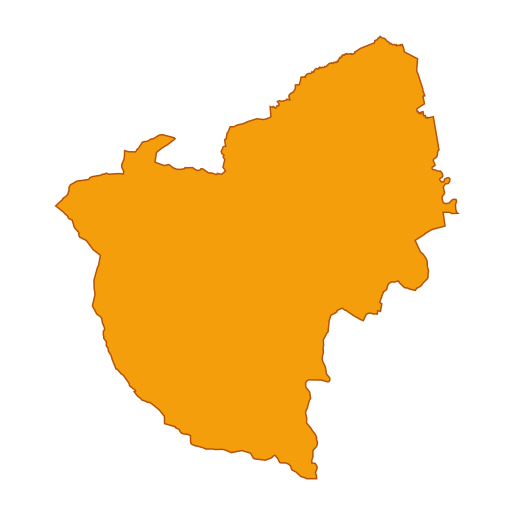 Ditrau, Harghita, Romania (orthographic projection), rotated 181°
{"feature_id": "2599482B10116484891151", "entity_name": "Ditrau", "entity_type": "district", "adm_level": 2, "iso_a3": "ROU", "parent_name": "Romania", "parent_adm1": "Harghita", "projection": "orthographic", "projection_center": [25.527, 46.847], "detail": "fine", "context": "isolated", "style": "filled", "palette": "amber", "viewbox_px": 512, "rotation_deg": 181, "n_neighbors": 0, "source": "geoboundaries", "source_scale": "gbopen_adm2", "svg_char_len": 6003}
<svg xmlns="http://www.w3.org/2000/svg" viewBox="0 0 512 512"><g transform="rotate(181 256 256)"><path d="M404.5,335.2L407.1,336.2L408.8,335.3L411.2,335.0L412.1,334.2L420.9,332.5L423.4,331.5L424.6,329.6L436.5,327.7L442.7,324.0L444.1,321.6L444.2,317.8L444.7,316.9L445.1,314.6L447.2,312.2L449.4,310.8L450.2,309.9L450.1,309.4L457.2,302.6L448.9,296.3L448.4,295.4L445.2,292.8L444.3,290.7L443.3,289.9L440.4,288.7L438.2,281.6L435.1,277.9L433.8,276.8L433.2,272.9L432.6,271.8L425.9,268.5L419.0,259.5L411.6,254.0L413.2,244.0L414.4,241.5L417.6,229.0L417.3,221.5L416.3,214.7L418.7,203.2L414.1,195.1L410.7,192.8L409.2,190.8L408.4,186.6L406.2,181.4L406.3,179.1L407.3,178.3L407.3,177.3L407.3,174.5L406.8,172.7L406.8,171.1L404.0,167.5L404.2,164.5L404.0,163.4L402.3,161.3L401.9,158.2L399.2,154.2L397.9,149.9L393.9,140.5L392.8,140.4L388.9,136.0L386.5,134.4L381.5,127.6L380.6,126.3L380.3,124.5L379.5,123.5L374.4,119.7L374.0,118.8L375.5,118.2L371.8,113.7L368.8,111.5L367.3,109.9L364.2,109.0L361.8,107.8L360.1,107.8L358.4,107.0L350.2,100.6L344.8,94.1L344.5,86.8L333.6,83.8L333.4,82.8L330.0,81.4L328.6,78.8L327.2,77.5L325.4,76.9L320.6,76.3L318.4,75.3L318.2,69.6L317.8,67.7L317.1,66.7L313.3,65.1L311.2,64.9L305.1,63.2L302.9,62.1L296.1,62.3L293.5,61.8L286.1,62.1L283.8,61.6L277.2,59.0L266.6,61.2L258.4,58.9L257.6,58.1L255.0,53.7L253.5,53.1L243.1,52.0L237.0,54.4L235.1,56.4L234.3,56.9L233.4,56.9L230.9,54.3L228.9,50.3L228.3,49.7L224.5,49.5L223.3,49.9L219.3,48.2L217.7,46.5L216.8,43.5L216.1,42.6L212.2,40.7L207.1,36.2L203.4,35.2L201.4,34.2L191.5,34.4L191.7,37.2L192.8,40.5L191.1,45.2L191.5,47.0L193.2,49.6L196.7,50.1L196.6,53.0L195.5,56.2L195.7,60.2L195.4,62.9L192.6,66.0L191.6,68.1L191.3,70.5L191.4,71.3L192.4,73.3L192.1,74.2L192.4,76.2L193.9,79.1L196.8,82.6L198.3,85.1L202.5,89.9L202.5,95.1L203.7,99.9L203.4,102.1L202.0,104.9L200.2,112.3L198.9,114.6L200.0,120.9L203.7,125.5L204.1,127.0L204.0,130.5L202.8,132.2L200.8,133.1L188.5,133.1L182.5,131.5L180.9,131.7L180.0,133.1L180.2,135.4L183.4,139.2L184.5,145.3L185.2,147.4L187.4,151.5L188.1,154.4L187.7,157.8L186.9,160.5L187.4,165.6L186.8,167.7L187.3,173.2L184.0,179.8L182.6,181.6L181.7,192.7L180.2,197.7L179.1,198.8L176.3,200.0L174.1,201.7L173.9,203.0L169.3,205.2L168.6,205.2L166.4,203.5L165.6,203.5L157.7,198.3L150.8,194.5L147.6,193.2L144.8,199.4L143.1,200.6L140.6,200.9L137.4,200.0L134.9,200.3L133.9,199.9L133.3,203.5L130.6,202.8L129.4,210.5L131.6,211.7L128.4,221.0L127.8,222.4L124.8,224.7L123.9,228.6L122.8,230.7L119.9,232.6L117.4,232.3L113.3,233.5L111.8,231.5L106.9,226.9L103.9,226.6L101.8,225.6L96.0,224.4L94.9,226.4L91.2,228.5L90.1,229.5L88.4,232.0L84.1,236.4L83.6,238.0L83.7,240.7L83.2,244.1L84.5,248.4L84.7,253.3L85.8,256.3L88.7,260.4L91.8,263.2L97.2,274.4L87.7,280.7L87.5,281.3L80.6,285.5L67.5,289.3L69.7,303.0L63.4,303.1L60.8,301.9L54.8,302.2L56.0,303.2L57.0,305.7L57.4,309.6L57.3,311.7L56.5,313.7L56.5,314.7L57.1,316.1L59.8,316.1L60.7,315.6L63.8,312.4L67.3,311.6L69.6,312.6L70.4,314.3L71.0,317.4L70.8,318.8L69.2,320.8L68.5,322.6L69.5,326.0L69.8,327.6L69.5,329.0L67.9,331.4L65.3,331.8L64.2,332.9L63.5,334.7L63.6,336.9L65.3,337.7L67.9,336.7L68.9,335.9L69.3,333.6L71.7,333.2L73.7,335.4L73.4,336.7L71.2,338.1L70.6,339.1L70.8,340.8L71.6,342.3L73.1,344.1L75.9,344.1L77.7,345.0L80.9,345.6L81.5,346.4L81.4,347.8L78.6,349.6L78.8,351.0L80.3,354.0L80.4,355.2L79.9,356.1L77.1,358.1L76.4,360.5L76.1,364.1L74.9,365.2L81.1,398.3L87.0,397.0L87.2,397.6L88.8,397.2L89.2,399.4L90.8,399.2L91.5,403.2L93.4,402.7L93.1,401.3L94.6,401.1L94.9,402.2L96.1,401.9L96.4,403.3L97.3,403.2L98.0,405.5L96.4,407.0L90.2,411.1L91.9,418.7L90.0,419.1L92.0,424.1L92.1,425.8L97.0,440.2L98.2,442.9L98.6,444.7L97.9,456.0L111.1,462.6L112.1,466.5L113.5,470.1L115.5,469.5L115.6,469.3L115.1,469.3L115.1,468.9L115.5,468.7L116.8,469.4L118.2,468.8L119.3,469.6L119.4,468.8L121.5,469.9L123.1,469.7L124.7,470.5L124.9,471.0L126.0,470.7L126.2,471.3L127.2,472.3L128.2,472.7L130.5,475.1L131.7,475.9L132.8,475.9L134.2,476.5L135.7,477.8L137.0,476.1L137.7,476.1L138.4,474.5L140.9,473.5L141.2,471.3L155.4,465.3L159.4,462.4L160.7,461.9L160.7,460.6L163.0,459.4L163.8,459.7L163.8,459.3L165.2,459.9L167.6,459.3L168.5,460.0L169.0,459.5L169.6,459.8L170.8,458.8L171.2,459.1L171.5,458.9L171.6,458.2L173.2,458.4L173.6,456.9L174.1,457.0L174.4,455.9L175.2,455.6L175.6,455.9L175.9,455.1L175.6,455.1L177.2,453.6L177.1,452.1L177.9,451.7L178.3,452.0L178.6,451.2L179.4,450.8L180.1,451.7L179.9,450.9L181.4,451.0L182.5,449.9L183.7,450.4L183.8,450.0L185.1,450.1L186.6,449.4L189.3,446.6L190.5,446.7L191.2,445.7L193.0,445.9L194.0,445.2L194.5,445.5L195.3,445.3L195.5,445.8L196.3,444.7L196.6,445.0L197.4,444.0L198.7,444.5L200.4,443.5L201.4,441.2L201.8,441.5L202.1,440.9L202.5,441.0L203.2,440.3L203.4,440.6L203.5,440.1L204.3,439.6L205.4,439.3L206.0,439.6L208.3,438.7L208.9,437.6L209.6,437.3L209.8,435.7L210.5,436.0L211.4,435.7L213.7,435.8L214.2,435.3L214.6,432.3L215.7,428.1L219.6,427.7L219.6,424.2L220.2,422.7L222.1,420.1L223.7,419.5L225.7,417.5L225.9,416.0L224.9,412.7L227.8,413.3L227.7,412.8L231.1,411.5L233.3,411.1L235.1,411.7L237.3,410.9L235.8,408.6L235.6,406.9L237.7,406.5L238.5,404.6L239.2,404.2L241.3,405.9L242.3,404.9L244.5,405.7L243.5,395.5L245.7,394.2L249.7,392.8L251.2,392.6L257.7,393.2L265.8,390.5L271.6,387.9L277.0,386.7L280.3,384.8L284.0,384.8L286.5,378.5L287.1,378.3L287.7,374.3L287.6,372.9L289.3,371.8L288.9,368.4L288.2,365.3L290.6,364.7L292.6,359.9L291.9,357.8L289.8,356.3L290.6,354.5L288.9,351.8L290.6,344.3L288.0,340.5L291.8,337.1L296.1,337.9L296.7,336.9L297.3,336.7L301.5,338.2L305.0,338.3L310.6,342.1L312.5,342.3L313.6,340.9L315.5,340.4L318.1,341.3L320.9,343.3L328.0,342.9L328.4,343.2L329.1,342.0L332.6,341.3L337.1,341.4L340.6,342.9L344.6,345.9L349.4,344.8L358.6,348.0L357.4,357.7L351.9,362.3L346.3,365.8L338.9,371.8L339.9,372.8L351.8,375.7L354.9,375.2L360.6,371.5L363.0,371.1L366.8,368.7L369.6,368.5L371.6,367.8L375.6,361.2L376.6,360.8L378.2,358.0L384.9,358.0L389.2,359.0L389.3,353.5L389.6,350.6L391.9,344.9L391.7,342.2L389.8,338.4L390.0,335.8L395.1,336.0L404.5,335.2Z" fill="#f59e0b" stroke="#b45309" stroke-width="1.5"/></g></svg>